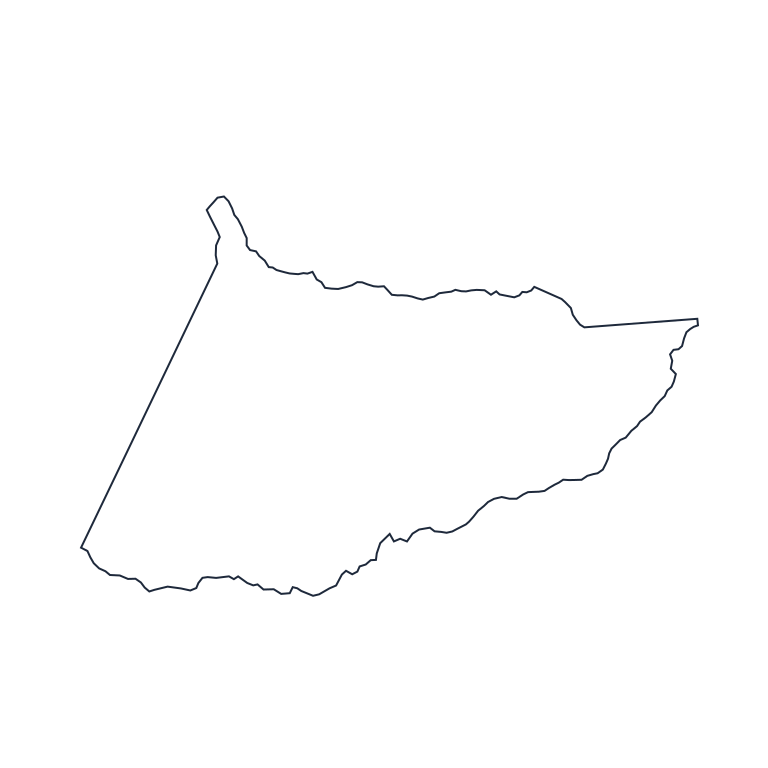 Pedro Osório, Rio Grande do Sul, Brazil (Robinson projection), rotated 174°
{"feature_id": "56859067B23145775816716", "entity_name": "Pedro Osório", "entity_type": "district", "adm_level": 2, "iso_a3": "BRA", "parent_name": "Brazil", "parent_adm1": "Rio Grande do Sul", "projection": "robinson", "projection_center": [-52.904, -31.981], "detail": "fine", "context": "isolated", "style": "outline", "palette": "slate", "viewbox_px": 768, "rotation_deg": 174, "n_neighbors": 0, "source": "geoboundaries", "source_scale": "gbopen_adm2", "svg_char_len": 2623}
<svg xmlns="http://www.w3.org/2000/svg" viewBox="0 0 768 768"><g transform="rotate(174 384 384)"><path d="M702.4,252.9L696.4,248.9L694.2,242.4L691.4,236.1L686.6,230.4L680.6,226.9L676.5,222.7L666.8,221.2L659.0,216.9L651.5,216.3L646.5,212.0L643.3,206.6L639.1,202.2L633.8,203.3L620.4,205.1L607.3,201.9L598.2,198.9L592.0,200.7L589.4,205.5L584.8,210.2L579.6,210.4L571.2,208.7L558.3,208.9L553.7,205.6L549.2,207.9L540.8,200.4L535.1,197.4L530.7,197.9L525.3,192.2L515.1,191.4L508.2,186.0L499.6,185.8L496.0,191.5L491.6,189.9L487.9,186.8L476.7,180.8L470.5,181.6L459.5,186.5L452.7,188.6L445.8,198.9L441.3,202.2L435.5,198.1L430.1,200.2L427.3,205.1L421.0,206.4L415.6,210.2L410.4,209.9L408.9,216.3L404.4,226.1L394.0,234.3L390.6,226.4L384.1,228.4L377.6,225.0L371.3,232.2L364.3,235.6L353.4,236.3L349.1,232.2L342.5,230.9L337.3,229.5L331.5,230.2L326.3,232.3L321.1,234.3L317.2,235.8L313.8,238.2L308.9,242.7L303.7,248.1L297.4,252.2L292.8,255.8L286.6,258.3L278.8,259.3L271.3,256.8L264.1,256.0L257.1,259.6L252.1,261.4L247.2,261.1L241.3,260.7L235.5,260.9L230.7,263.4L224.9,266.0L220.5,267.6L215.8,270.1L210.0,269.1L204.1,268.6L197.5,268.1L191.4,271.4L185.2,272.5L180.9,272.9L175.3,276.0L171.6,281.7L169.0,286.3L167.3,291.5L164.4,296.0L160.6,299.0L155.0,303.6L149.2,305.4L142.9,311.6L136.7,315.7L133.3,319.8L127.2,323.4L120.7,328.0L115.8,334.2L111.0,338.8L106.1,342.6L102.9,348.0L98.3,351.2L95.5,356.1L92.7,363.4L97.2,369.2L94.9,377.0L96.4,383.6L92.5,387.7L87.5,387.8L83.6,390.6L80.8,398.0L77.8,403.9L73.7,406.7L70.0,408.5L65.6,409.5L65.6,416.1L178.8,419.4L182.8,422.5L185.9,427.2L189.0,433.1L190.2,440.0L195.4,446.6L198.5,450.0L224.4,464.9L227.8,461.6L232.5,460.3L236.8,461.1L240.1,458.0L245.4,456.6L250.0,458.0L254.9,459.5L259.7,461.0L262.7,464.4L268.3,461.6L274.1,466.7L281.9,467.9L287.5,468.0L292.7,467.5L297.4,468.2L303.2,470.2L307.4,468.8L313.4,468.7L319.6,468.5L324.8,465.7L331.1,464.9L336.6,463.9L341.6,465.6L347.0,468.0L351.8,469.5L357.0,470.4L361.0,470.7L366.9,471.9L370.7,477.1L373.8,481.2L379.6,481.4L384.1,482.3L390.0,484.8L395.1,487.4L399.9,488.1L405.5,485.6L411.8,484.3L419.7,483.3L426.1,484.3L432.6,485.8L435.6,491.8L440.0,495.0L443.4,503.0L448.6,501.8L452.5,502.7L457.9,502.2L462.2,503.0L466.3,503.8L470.8,505.4L474.7,506.9L479.0,508.6L482.5,511.5L486.4,512.3L489.7,519.2L494.7,524.3L497.4,529.3L503.2,531.2L506.1,536.1L505.3,543.5L507.3,548.9L509.0,555.3L512.1,563.2L515.2,567.8L516.7,574.5L519.5,582.0L523.6,587.2L530.1,586.7L534.4,582.7L538.7,578.9L542.1,575.6L539.6,568.6L536.6,560.7L533.6,552.9L532.0,547.3L536.5,539.4L537.9,529.6L537.2,521.2L645.8,344.7L702.4,252.9Z" fill="none" stroke="#1e293b" stroke-width="2"/></g></svg>